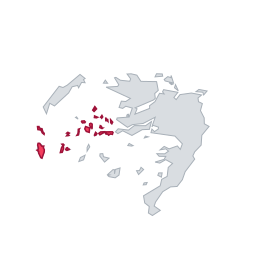 Notioy Aigaioy, Notio Aigaio, Greece shown in context, rotated 132°
{"feature_id": "26713481B52894455575268", "entity_name": "Notioy Aigaioy", "entity_type": "district", "adm_level": 2, "iso_a3": "GRC", "parent_name": "Greece", "parent_adm1": "Notio Aigaio", "projection": "natural_earth1", "projection_center": [26.069, 36.671], "detail": "medium", "context": "in_parent", "style": "filled", "palette": "rose", "viewbox_px": 256, "rotation_deg": 132, "n_neighbors": 0, "source": "geoboundaries", "source_scale": "gbopen_adm2", "svg_char_len": 5544}
<svg xmlns="http://www.w3.org/2000/svg" viewBox="0 0 256 256"><g transform="rotate(132 128 128)"><path d="M167.6,48.9L176.7,51.3L177.5,56.0L172.1,59.7L172.5,65.4L168.0,71.1L149.4,65.4L143.6,68.6L137.8,66.5L130.4,71.7L124.5,71.2L126.3,78.8L132.8,80.9L135.2,85.1L127.2,80.2L123.8,80.9L128.2,85.9L127.8,89.4L122.6,83.4L118.1,82.4L118.2,85.9L122.7,89.5L117.5,88.8L116.0,83.5L108.3,79.3L108.9,74.8L103.4,77.0L102.6,87.7L116.1,107.8L112.8,109.5L113.0,105.9L108.5,104.8L107.0,105.9L107.8,107.9L109.3,111.2L111.2,111.0L101.8,115.0L114.5,119.8L122.6,127.0L127.8,128.8L129.4,142.1L127.8,142.8L119.1,134.5L110.3,138.1L113.3,144.2L117.0,145.1L118.7,148.4L112.5,150.9L109.8,147.4L104.4,146.0L112.3,171.6L104.0,163.5L102.0,163.8L99.7,171.6L98.5,170.9L97.6,165.6L92.1,158.0L89.7,158.9L88.5,164.8L85.6,161.9L82.8,156.8L84.7,149.6L74.4,137.8L79.8,130.7L84.5,131.2L87.7,127.6L90.1,127.8L108.2,136.2L107.7,134.1L113.1,132.1L98.9,125.0L97.0,126.9L90.4,125.6L81.1,127.8L78.5,123.9L78.0,126.5L75.7,127.2L68.1,114.8L74.6,114.3L74.7,111.2L68.4,111.7L59.6,104.3L54.2,95.4L58.8,96.1L61.3,93.2L60.1,89.1L66.6,85.8L69.5,78.2L73.8,74.1L72.6,68.8L84.0,68.3L91.8,62.2L101.1,62.5L105.4,61.1L106.5,57.6L122.2,56.3L130.1,53.0L138.6,52.4L143.3,57.0L152.1,59.6L164.6,58.0L168.5,56.3L167.6,48.9ZM125.2,193.0L131.2,191.6L130.1,193.9L134.7,197.1L141.7,195.6L160.8,197.4L162.0,202.7L172.0,198.1L169.1,205.1L143.1,207.1L141.4,203.4L136.8,201.8L120.3,199.5L119.9,193.0L121.8,193.5L123.1,190.2L125.2,193.0ZM114.7,111.2L119.7,116.3L130.9,120.1L133.6,130.1L139.0,131.8L139.3,134.8L135.2,134.8L129.2,126.2L122.0,124.9L114.6,116.5L107.4,114.9L114.7,111.2ZM173.6,104.2L176.8,109.4L176.9,111.2L175.1,110.2L176.2,112.0L169.0,111.3L168.0,110.0L171.1,107.3L167.3,109.7L163.0,107.2L169.0,103.2L173.6,104.2ZM200.8,183.7L198.4,183.1L198.4,178.1L202.1,174.0L208.1,171.9L205.4,180.6L200.8,183.7ZM167.7,130.2L165.9,131.5L163.9,129.6L165.8,127.0L163.1,121.9L169.0,122.6L167.7,130.2ZM64.1,124.2L68.2,131.9L67.7,133.6L63.2,132.8L61.9,129.8L60.1,131.1L64.1,124.2ZM55.5,101.8L51.9,101.1L47.6,94.0L52.8,93.9L51.3,96.3L55.5,101.8ZM155.5,89.0L154.0,93.1L152.0,91.0L148.5,92.0L148.4,88.6L155.5,89.0ZM181.4,139.7L185.8,142.1L181.8,143.6L176.9,141.7L181.4,139.7ZM143.2,74.2L140.8,75.1L138.5,72.6L142.2,70.3L143.2,74.2ZM66.3,136.9L71.9,142.1L68.6,143.1L64.9,138.7L66.3,136.9ZM157.4,159.4L155.7,160.3L153.9,157.0L157.0,154.1L157.4,159.4ZM146.4,137.5L146.5,142.5L141.6,136.2L146.4,137.5ZM189.1,186.3L187.5,195.9L186.2,191.5L189.1,186.3ZM67.0,120.4L64.0,121.7L66.7,115.5L67.0,120.4ZM111.1,176.3L107.6,176.9L108.4,173.1L111.1,176.3ZM183.9,165.1L188.8,161.0L191.4,161.7L187.7,163.9L183.9,165.1ZM166.5,146.3L167.6,143.8L172.6,142.9L169.8,145.4L166.5,146.3ZM151.5,155.2L150.9,158.9L149.1,157.8L151.5,155.2ZM151.4,143.9L150.1,145.9L147.1,142.8L151.4,143.9ZM141.2,116.4L138.7,116.8L137.7,112.4L139.1,113.3L141.2,116.4ZM160.1,78.6L158.0,79.3L155.7,77.3L158.0,76.6L160.1,78.6ZM138.3,164.2L138.2,166.1L134.4,166.7L135.0,164.7L138.3,164.2ZM167.2,160.9L161.1,163.6L166.0,160.1L167.2,160.9ZM135.9,143.5L133.8,146.3L135.5,142.7L135.9,143.5ZM155.9,147.6L152.9,149.0L153.0,147.2L155.9,147.6ZM174.6,168.4L172.2,170.1L171.0,169.3L172.9,167.1L174.6,168.4ZM185.5,158.6L183.3,160.0L182.7,156.6L185.5,158.6ZM137.4,149.1L135.4,151.3L136.4,147.5L137.4,149.1ZM66.7,124.7L66.8,127.8L65.3,124.0L66.7,124.7ZM154.8,165.3L154.0,166.7L152.0,164.3L154.8,165.3ZM124.5,109.2L122.4,109.7L121.0,107.0L124.5,109.2ZM120.0,137.0L118.4,137.6L117.5,136.9L118.7,135.5L120.0,137.0ZM138.3,154.2L136.3,155.6L136.6,154.3L138.3,154.2ZM154.8,171.0L155.3,174.1L154.1,173.7L154.8,171.0ZM142.6,159.9L141.0,159.6L141.1,158.2L142.6,159.9Z" fill="#d9dde1" stroke="#a8b0b8" stroke-width="1"/><path d="M208.0,171.7L201.8,174.3L200.1,175.7L199.4,177.7L197.8,178.5L199.2,179.8L198.5,183.4L199.4,184.6L199.1,184.9L201.2,183.7L202.9,181.0L204.3,180.3L205.4,180.8L205.2,178.8L206.4,177.7L208.4,173.0L208.0,171.7ZM158.5,156.7L157.2,153.9L153.6,156.5L155.3,160.5L157.6,159.5L158.5,156.7ZM144.1,137.0L143.2,135.3L141.4,136.1L141.2,137.0L146.5,142.7L147.2,140.7L146.3,140.6L146.8,139.6L145.9,138.9L146.3,137.7L144.1,137.0ZM188.9,186.1L188.0,186.7L187.9,188.5L186.1,191.5L187.0,192.7L187.2,194.2L186.5,195.1L187.5,196.2L189.5,193.9L187.7,191.2L189.0,188.5L188.9,186.1ZM191.5,161.9L190.1,160.6L186.2,162.2L184.7,164.0L183.4,164.2L183.3,165.5L184.3,166.3L184.5,164.5L186.9,164.3L191.5,161.9ZM147.7,142.9L146.7,143.2L149.2,145.7L151.5,146.1L151.9,144.4L147.7,142.9ZM151.5,155.1L149.1,157.2L149.3,158.8L150.5,159.3L151.8,158.3L152.6,155.3L151.3,155.9L151.5,155.1ZM138.4,164.3L136.0,164.2L137.1,165.5L136.6,165.9L134.7,164.7L134.3,167.0L138.3,166.2L138.4,164.3ZM135.7,142.9L133.9,143.3L133.5,146.4L135.6,144.4L135.7,142.9ZM166.3,160.2L163.0,162.2L163.2,163.0L161.1,163.5L162.2,164.1L165.4,161.5L167.6,161.1L166.3,160.2ZM185.5,158.4L182.5,156.9L184.2,158.3L183.6,158.2L183.1,159.8L184.0,160.4L185.8,159.9L185.5,158.4ZM153.0,163.6L152.2,163.7L151.9,165.2L153.8,167.0L154.4,166.8L154.7,165.3L153.0,163.6ZM136.4,148.4L136.5,147.4L135.2,148.8L135.8,150.1L135.2,151.6L137.4,149.4L136.4,148.4ZM173.1,167.0L173.1,167.7L173.7,167.6L173.5,168.4L171.0,168.1L171.5,169.9L172.8,170.1L172.4,169.4L172.8,168.6L174.8,168.4L173.1,167.0ZM153.9,147.1L152.9,147.4L152.9,149.2L155.8,148.2L155.8,147.6L154.6,147.1L154.2,147.8L153.9,147.1ZM146.6,149.3L145.8,146.9L144.9,146.7L145.3,147.2L144.5,149.1L144.8,150.2L146.6,149.3ZM140.3,157.7L141.4,160.9L142.7,159.9L141.5,158.2L140.3,157.7ZM138.3,154.1L136.7,154.2L136.1,155.8L138.3,155.6L138.3,154.1Z" fill="#f43f5e" stroke="#9f1239" stroke-width="1.5"/></g></svg>